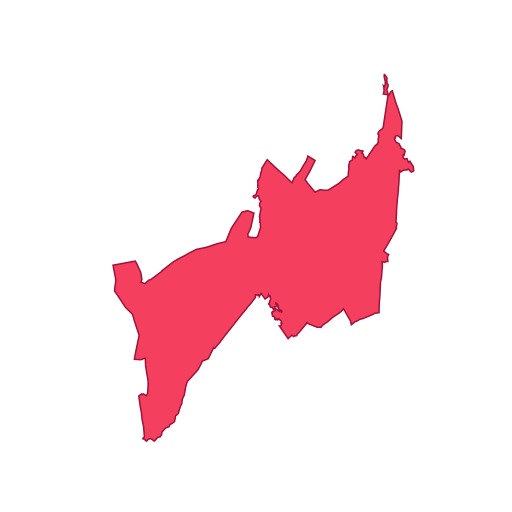 Stoļerovas pag., Rezeknes, Latvia, rotated 281°
{"feature_id": "27541924B84772624476590", "entity_name": "Stoļerovas pag.", "entity_type": "district", "adm_level": 2, "iso_a3": "LVA", "parent_name": "Latvia", "parent_adm1": "Rezeknes", "projection": "equal_earth", "projection_center": [27.572, 56.418], "detail": "fine", "context": "isolated", "style": "filled", "palette": "rose", "viewbox_px": 512, "rotation_deg": 281, "n_neighbors": 0, "source": "geoboundaries", "source_scale": "gbopen_adm2", "svg_char_len": 6050}
<svg xmlns="http://www.w3.org/2000/svg" viewBox="0 0 512 512"><g transform="rotate(281 256 256)"><path d="M219.7,117.4L205.5,123.1L198.3,123.4L197.9,123.5L194.6,123.8L191.2,127.4L180.6,137.8L179.5,139.5L175.5,145.5L172.4,147.4L169.1,149.0L155.9,156.4L137.2,156.2L131.4,156.3L132.2,162.7L134.6,166.8L126.7,168.7L112.5,174.0L110.0,174.4L110.0,174.6L100.4,175.8L97.9,175.0L99.2,171.6L98.3,171.0L98.7,169.8L98.4,169.7L96.4,167.6L96.5,167.5L85.1,171.5L80.9,173.2L73.2,175.6L67.0,178.2L58.2,180.7L58.1,180.9L56.7,180.7L56.0,180.1L55.0,179.8L54.9,181.1L53.6,183.2L53.4,183.9L53.7,184.2L55.6,185.1L56.1,186.2L56.5,187.6L56.1,189.2L55.2,190.5L54.9,191.4L55.5,192.1L58.1,193.4L59.3,194.2L59.6,194.7L59.9,196.1L60.1,196.4L62.8,197.5L65.1,197.2L69.0,199.5L70.4,200.7L71.6,203.0L72.4,203.5L73.9,203.5L74.2,203.7L75.6,205.6L77.9,207.6L81.6,207.7L83.0,207.4L83.8,207.7L85.7,209.2L86.6,209.7L94.1,210.5L96.8,211.3L101.6,211.0L105.8,212.1L114.5,212.0L119.6,212.5L133.1,220.7L140.2,222.9L141.0,223.0L142.3,223.4L143.0,223.9L143.5,224.5L143.8,225.5L144.3,226.0L146.0,228.7L157.5,231.8L157.2,232.0L157.5,233.1L164.5,237.1L168.4,238.9L196.3,253.3L201.5,256.2L205.2,258.0L206.5,259.0L215.3,263.4L215.7,263.0L216.6,263.1L217.4,262.7L217.7,262.7L217.9,262.9L218.0,263.6L217.6,264.9L217.9,264.9L218.3,265.9L217.8,265.9L217.7,266.1L217.8,266.2L217.5,266.5L217.4,266.8L216.8,267.0L220.3,268.2L215.5,273.1L217.9,275.5L220.4,275.7L219.1,276.4L218.8,277.0L219.5,277.2L219.1,277.7L218.2,277.8L217.0,278.5L215.8,278.5L213.8,277.9L212.2,278.2L211.6,277.5L211.3,277.5L210.9,278.1L210.6,278.9L208.9,279.6L208.4,280.4L208.8,281.6L208.7,282.0L207.9,282.3L207.1,283.2L206.9,283.6L208.6,284.4L209.8,284.1L209.9,285.0L211.2,286.1L212.5,285.9L212.7,285.1L212.6,284.3L213.8,284.3L214.4,284.5L213.0,284.6L212.8,284.9L212.8,286.1L212.2,286.8L211.0,287.4L209.9,287.2L209.7,287.8L208.1,288.8L207.6,289.5L207.4,291.6L206.7,291.9L205.6,291.9L205.5,291.7L206.1,291.1L206.0,289.3L206.3,288.7L207.7,286.8L207.9,286.4L207.8,285.7L207.3,285.3L206.4,285.3L205.9,285.0L204.5,283.4L204.9,283.1L204.2,282.6L203.3,282.3L202.2,282.9L200.6,283.4L200.1,283.7L199.8,284.5L200.0,285.4L199.6,286.0L198.9,286.3L197.6,286.3L197.5,286.8L197.2,287.1L197.1,287.6L197.4,288.0L198.2,288.1L198.2,288.4L197.6,288.8L197.4,289.4L197.8,289.9L198.6,290.0L199.0,290.4L199.0,290.6L198.0,291.2L197.4,292.7L197.1,293.1L194.7,293.5L195.2,294.0L195.0,294.4L194.0,293.9L193.1,294.0L192.0,293.8L191.9,293.6L191.8,292.3L181.0,303.3L185.1,306.3L184.1,308.4L185.0,309.2L185.2,310.5L185.8,311.2L187.2,311.4L189.1,312.8L196.9,317.1L198.9,318.2L200.4,318.7L199.7,319.6L199.5,320.5L197.8,329.2L197.8,330.2L198.4,333.1L198.3,333.4L200.0,334.2L201.8,335.6L205.6,339.3L210.3,342.9L216.9,349.5L220.9,352.0L210.3,361.1L206.7,362.7L210.5,365.9L212.1,368.5L213.6,369.8L214.8,372.6L221.1,382.1L222.4,383.4L223.8,387.6L232.0,386.2L242.3,385.0L249.2,383.9L255.5,383.1L257.8,383.4L270.9,381.9L274.4,380.8L274.4,383.6L275.6,385.2L275.7,386.5L280.1,385.3L282.9,385.9L283.1,384.0L284.3,382.3L285.1,380.4L297.6,384.8L310.1,388.7L310.9,388.0L313.4,388.3L315.1,388.1L315.7,387.6L315.9,386.9L324.7,385.8L327.2,385.3L338.9,383.9L342.7,383.7L355.1,382.3L368.0,380.4L365.7,381.5L368.4,384.5L369.4,388.0L370.6,388.7L368.8,391.1L368.0,392.5L369.1,394.0L369.9,394.6L373.8,393.3L378.4,389.0L377.0,387.8L380.5,385.6L379.4,383.5L380.7,381.7L381.5,381.4L383.5,381.1L383.3,382.2L387.3,382.4L388.5,381.5L389.2,379.4L389.5,377.5L391.2,377.2L391.9,375.9L393.2,375.5L394.0,373.7L394.2,372.0L397.2,369.5L398.7,370.5L399.3,369.7L400.3,370.1L401.3,371.9L399.0,376.2L416.1,373.6L428.0,367.2L432.5,364.4L435.7,362.7L444.2,358.3L443.6,357.5L443.0,357.0L441.0,356.3L440.0,356.2L439.4,355.8L439.3,355.6L440.1,354.8L444.1,352.8L445.0,352.7L445.9,353.0L447.9,353.2L449.8,352.8L450.0,352.1L450.6,351.5L451.6,351.5L453.3,350.9L454.9,350.8L455.6,350.6L456.3,350.2L458.1,348.5L458.2,347.9L458.6,347.4L458.3,347.2L455.6,347.9L452.1,349.5L450.7,349.9L448.7,350.1L448.1,349.8L447.0,349.9L447.5,348.6L446.6,349.1L442.6,350.2L439.3,350.1L439.4,354.9L406.2,356.3L405.5,355.8L404.8,355.5L402.5,353.3L399.8,352.3L398.8,352.5L398.4,353.0L398.4,353.3L397.6,353.6L394.5,353.6L391.0,354.2L389.6,353.8L389.2,353.9L388.8,353.6L388.7,353.3L388.0,353.1L387.8,352.8L387.7,352.4L386.7,351.7L371.7,345.4L372.8,345.3L373.3,344.9L373.8,344.2L373.6,343.4L373.9,343.1L375.8,342.2L377.0,341.1L377.1,340.4L377.4,340.2L377.7,340.2L379.0,341.1L379.5,341.0L379.6,340.7L379.4,338.6L379.4,337.8L379.8,336.6L378.9,334.6L378.3,334.2L376.7,333.4L376.5,333.5L375.4,335.3L375.2,336.2L374.9,336.3L374.0,335.4L372.8,334.6L371.3,334.6L371.3,334.4L371.5,333.7L372.3,332.4L372.4,332.1L372.3,331.9L371.5,331.8L370.6,332.1L368.6,332.1L366.4,329.7L365.5,330.0L362.6,329.7L358.7,330.7L356.2,330.6L353.2,331.1L351.8,331.1L347.7,327.0L343.0,323.4L334.4,314.2L333.7,311.1L333.3,306.2L330.0,301.8L337.1,293.0L340.4,289.6L349.3,292.6L361.1,295.8L364.0,287.8L361.5,287.6L358.8,287.2L353.3,285.0L348.5,283.5L345.8,282.0L343.2,280.2L341.2,279.7L340.6,278.6L334.8,277.4L335.9,275.4L340.6,268.3L345.5,259.9L352.7,248.6L343.4,245.0L341.9,245.2L339.7,245.1L338.3,244.8L334.7,244.9L333.3,244.6L332.5,244.2L331.3,244.2L331.1,243.6L330.5,243.2L329.8,243.3L327.5,244.1L325.5,244.2L323.6,244.8L322.9,245.4L322.3,245.4L320.6,244.8L316.8,244.4L316.3,244.2L315.9,243.9L314.8,242.1L314.0,241.8L313.3,242.3L312.8,243.3L312.7,244.0L313.0,244.3L314.4,244.9L315.0,245.6L315.5,246.9L315.0,247.4L312.6,248.2L310.5,250.5L309.3,249.9L307.4,249.5L306.3,249.8L303.5,251.9L302.6,252.1L301.5,251.7L299.1,251.9L295.5,251.8L294.5,252.4L293.3,252.5L292.0,253.1L291.2,253.0L290.5,253.3L289.9,253.2L289.5,253.8L285.0,255.0L275.3,253.9L273.9,252.2L273.1,244.8L276.2,243.7L277.0,244.2L282.5,245.5L297.7,245.8L298.9,239.2L296.5,233.9L278.5,226.5L264.3,223.6L260.8,215.8L255.0,205.5L251.2,196.4L246.5,190.3L241.7,184.6L238.3,180.2L234.2,175.7L224.2,167.0L223.5,166.4L223.0,166.5L212.6,157.0L212.0,155.5L208.1,152.5L207.8,152.0L208.2,148.1L211.2,148.5L217.9,146.0L226.0,140.2L225.9,140.1L228.0,138.5L219.7,117.4Z" fill="#f43f5e" stroke="#9f1239" stroke-width="1.5"/></g></svg>